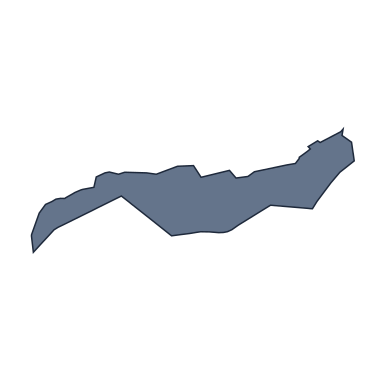 Reifi Nahr Atbara, Kassala, Sudan (Natural Earth projection), rotated 263°
{"feature_id": "16777658B85894147141116", "entity_name": "Reifi Nahr Atbara", "entity_type": "district", "adm_level": 2, "iso_a3": "SDN", "parent_name": "Sudan", "parent_adm1": "Kassala", "projection": "natural_earth1", "projection_center": [35.419, 15.73], "detail": "fine", "context": "isolated", "style": "filled", "palette": "slate", "viewbox_px": 384, "rotation_deg": 263, "n_neighbors": 0, "source": "geoboundaries", "source_scale": "gbopen_adm2", "svg_char_len": 1268}
<svg xmlns="http://www.w3.org/2000/svg" viewBox="0 0 384 384"><g transform="rotate(263 192 192)"><path d="M151.5,27.2L160.2,37.4L166.1,44.4L167.2,45.7L171.4,50.6L171.5,50.9L172.0,52.0L173.3,54.8L175.2,60.4L183.6,84.4L185.6,90.2L187.9,96.5L191.5,106.8L194.7,115.9L195.8,119.1L196.6,121.4L189.7,128.3L187.9,130.0L176.7,141.1L169.3,148.4L152.5,164.9L151.0,166.4L151.1,176.0L151.1,184.7L151.4,191.8L151.5,195.8L151.1,198.6L150.5,203.0L150.3,204.4L148.4,213.6L148.0,218.3L148.3,222.4L149.7,226.9L153.5,234.0L161.1,250.5L164.3,257.4L169.3,268.3L161.7,304.8L161.1,307.3L160.7,309.5L167.4,314.9L184.3,331.1L193.6,341.2L203.1,356.8L210.2,356.7L212.0,356.6L218.5,356.5L222.0,356.4L229.8,347.8L236.0,349.6L233.7,347.0L225.5,325.2L227.5,323.0L226.6,321.0L222.9,312.8L220.3,314.7L218.0,311.0L215.7,306.9L213.4,302.7L212.2,302.5L207.7,298.1L207.3,289.4L204.5,256.4L200.6,249.4L200.5,237.4L208.9,231.8L205.5,202.8L218.0,196.7L219.3,180.7L214.0,158.7L216.5,149.3L219.8,127.6L218.6,121.2L221.9,112.4L221.6,108.0L218.6,98.8L208.6,95.2L208.4,91.8L207.9,83.7L207.6,82.0L206.3,77.5L205.7,75.5L205.0,74.0L201.8,66.2L201.1,65.0L201.7,60.7L201.5,56.1L199.6,51.8L197.5,45.1L189.7,37.8L179.5,32.7L169.3,27.6L168.0,27.3L151.5,27.2Z" fill="#64748b" stroke="#1e293b" stroke-width="1.5"/></g></svg>